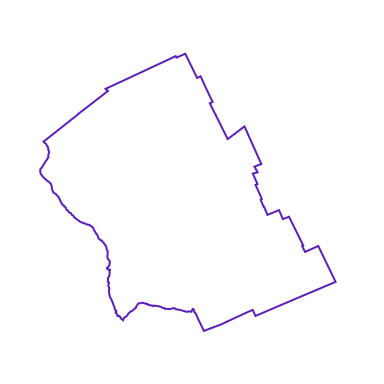 General Rodríguez, Buenos Aires, Argentina, rotated 97°
{"feature_id": "61730980B11219984208084", "entity_name": "General Rodríguez", "entity_type": "district", "adm_level": 2, "iso_a3": "ARG", "parent_name": "Argentina", "parent_adm1": "Buenos Aires", "projection": "natural_earth1", "projection_center": [-58.934, -34.64], "detail": "fine", "context": "isolated", "style": "outline", "palette": "violet", "viewbox_px": 384, "rotation_deg": 97, "n_neighbors": 0, "source": "geoboundaries", "source_scale": "gbopen_adm2", "svg_char_len": 6103}
<svg xmlns="http://www.w3.org/2000/svg" viewBox="0 0 384 384"><g transform="rotate(97 192 192)"><path d="M307.3,113.9L284.0,73.8L263.7,38.5L230.2,60.1L237.7,72.5L232.2,76.1L231.6,75.0L204.7,92.7L207.8,98.5L199.4,103.4L205.5,114.4L197.9,118.6L198.1,119.0L191.3,122.9L190.4,121.8L177.2,129.8L176.1,128.0L166.3,133.9L164.5,129.3L159.2,133.1L155.8,126.6L120.5,147.9L135.1,163.0L101.8,185.1L100.1,182.5L86.2,191.4L76.1,197.6L78.2,200.8L55.6,215.5L60.5,223.8L59.1,224.7L100.2,290.4L100.6,290.0L100.9,289.6L101.5,288.2L101.7,287.9L101.9,287.7L119.9,305.8L128.6,314.7L128.8,314.6L135.2,320.9L150.4,335.9L160.1,345.5L160.4,345.2L160.7,344.9L160.9,344.7L161.3,344.0L161.9,342.9L162.3,342.5L162.6,342.3L162.9,342.2L163.1,342.0L163.6,341.7L163.8,341.3L164.0,341.1L164.3,340.9L164.6,340.8L165.0,340.8L165.8,340.0L166.1,339.9L166.4,339.9L167.5,339.9L167.8,339.8L168.3,339.3L169.8,338.7L170.4,338.7L171.1,338.9L172.8,339.2L173.4,339.1L173.8,338.9L175.2,338.8L175.6,338.9L175.8,339.2L176.1,339.6L177.2,339.7L177.6,339.9L178.2,340.2L178.7,340.7L179.5,341.2L180.9,341.6L181.8,342.0L182.1,342.3L182.7,342.5L183.8,343.1L184.4,343.2L185.6,343.9L186.4,344.3L186.9,344.7L187.5,345.1L188.2,345.3L188.7,345.4L189.5,345.2L191.6,344.7L192.0,344.5L192.6,344.2L193.5,343.3L194.0,342.8L194.9,341.9L195.5,341.2L195.9,340.8L196.4,340.2L196.9,339.5L197.5,338.3L197.9,338.0L198.3,337.5L198.7,336.8L199.1,335.7L199.4,335.1L199.8,334.6L200.6,333.9L201.2,333.0L201.7,332.7L202.5,332.4L203.2,332.1L204.0,331.8L205.7,331.5L206.7,331.1L207.8,330.4L208.6,329.9L209.2,329.7L209.5,329.3L209.7,329.0L209.9,328.5L210.1,328.1L210.6,326.9L211.4,326.2L212.0,325.4L212.4,324.8L213.2,324.0L213.5,323.5L213.9,323.4L214.2,323.2L215.0,322.8L215.3,322.4L216.1,322.0L216.8,321.5L217.2,321.4L218.7,320.4L219.6,319.5L220.2,319.0L220.5,318.9L221.0,318.0L221.0,317.5L221.3,317.3L221.9,317.1L222.1,316.6L222.3,316.0L222.5,315.7L223.3,315.2L223.8,315.1L224.3,314.8L225.3,313.9L225.5,313.4L225.6,313.0L226.0,312.5L226.5,312.2L226.8,311.9L227.2,311.4L227.5,310.8L227.6,310.3L227.8,309.8L227.9,309.3L229.0,308.8L229.4,308.4L229.6,307.9L229.9,307.2L230.1,306.8L230.3,306.6L230.7,306.3L231.2,306.1L231.4,305.9L231.7,305.5L232.1,304.7L232.5,303.9L232.9,303.5L233.2,303.0L233.4,302.5L233.9,301.8L234.1,301.3L234.4,300.8L234.6,300.3L234.8,299.9L235.1,299.3L235.4,298.6L235.7,297.8L235.7,297.5L235.9,296.6L236.1,296.0L236.1,295.7L236.4,294.3L236.4,293.9L236.7,293.2L236.9,292.7L237.0,292.0L237.2,291.3L237.2,290.7L237.0,290.3L237.1,290.0L237.4,289.5L237.9,288.8L238.3,287.8L238.7,286.9L239.1,286.5L239.3,286.3L240.1,285.4L240.5,285.2L241.7,284.8L242.0,284.7L242.2,284.3L242.6,284.0L242.8,283.8L243.0,283.5L243.4,283.2L244.2,282.7L244.7,282.5L244.9,282.3L244.9,282.0L245.4,281.6L245.6,281.3L245.9,281.0L247.4,280.0L248.8,279.4L249.2,279.3L249.9,278.6L250.0,278.2L250.5,277.8L250.8,277.2L250.9,276.9L250.9,276.5L251.0,276.1L251.4,275.6L251.5,275.2L251.9,274.9L252.4,274.8L252.5,274.6L252.9,274.0L253.0,273.8L253.4,273.3L253.8,272.9L254.3,272.5L254.7,272.3L255.2,271.9L255.4,271.5L255.6,271.0L255.8,270.9L256.4,270.6L257.6,270.2L259.4,269.7L260.0,269.3L261.0,268.5L261.4,268.4L262.1,268.4L262.6,268.3L263.6,268.2L266.3,268.2L267.3,267.8L268.2,267.7L268.5,267.4L268.8,267.2L269.6,266.3L270.0,265.7L270.4,265.3L270.7,265.1L271.5,265.2L271.8,265.1L272.6,265.2L273.3,264.9L273.8,264.9L274.8,265.1L275.7,265.6L276.3,265.9L276.8,266.3L277.3,266.8L277.8,267.2L278.0,267.2L278.4,267.1L278.6,266.9L278.7,266.2L278.9,265.7L279.0,265.1L279.0,264.3L279.1,263.9L279.5,263.7L279.9,263.9L280.4,264.4L281.5,264.1L282.7,263.7L283.2,263.8L284.0,263.9L284.6,263.8L285.1,263.8L285.4,263.9L285.9,264.1L286.6,264.4L287.2,264.8L287.5,264.8L288.3,264.9L288.7,264.8L289.4,264.4L289.8,264.4L290.1,264.5L290.5,264.7L290.8,264.7L291.4,264.5L291.6,264.3L291.6,263.9L291.9,263.6L292.1,263.4L292.7,263.2L293.1,263.3L293.9,263.6L294.6,263.7L295.0,263.7L296.0,263.3L296.4,263.0L296.7,262.9L297.1,262.6L297.2,262.4L297.5,262.2L297.8,262.2L299.0,262.6L299.6,262.6L300.1,262.3L300.4,262.2L302.1,262.1L302.8,261.9L303.7,261.5L305.1,261.1L306.1,260.6L306.3,260.5L309.1,258.5L311.0,257.6L311.8,257.1L312.1,256.8L313.6,256.3L315.1,255.2L317.1,254.6L318.3,254.1L318.5,253.8L318.6,253.5L318.7,253.2L318.9,252.9L319.2,252.6L319.6,252.5L320.2,252.6L320.7,252.9L320.7,253.1L321.0,253.1L321.5,252.5L321.9,252.2L322.1,251.8L322.4,251.6L322.9,251.2L323.3,251.0L323.9,250.9L324.2,250.7L324.0,249.7L324.0,249.3L324.1,248.9L324.2,248.4L324.4,248.2L324.8,248.1L325.4,247.7L325.8,247.4L326.4,246.9L326.6,246.6L326.9,245.9L327.6,244.8L326.5,244.5L325.9,244.4L325.2,244.2L324.8,244.0L324.7,243.8L324.1,242.6L323.9,242.4L323.7,242.2L323.3,242.0L323.1,241.9L322.2,241.0L321.9,240.9L321.1,240.8L320.9,240.7L320.6,240.5L320.5,240.3L320.2,240.1L319.9,239.9L319.7,239.6L319.1,239.3L318.6,238.9L318.4,238.7L318.2,238.5L317.8,237.4L313.7,233.6L312.3,233.3L309.5,231.9L309.0,231.3L308.7,230.3L308.7,229.4L308.5,228.7L308.2,228.1L307.9,227.8L308.1,226.9L308.4,224.8L308.3,224.6L308.3,224.2L308.4,223.8L308.8,223.5L308.8,223.2L308.6,223.0L308.6,222.6L309.1,221.9L309.1,221.6L309.5,221.3L309.6,220.9L309.4,220.7L309.4,220.4L309.5,220.1L309.5,219.7L309.5,218.9L309.6,217.9L309.7,217.7L309.6,217.4L309.6,217.1L309.8,216.9L310.0,216.6L310.0,216.3L309.8,216.1L309.5,215.9L309.5,215.6L309.5,215.3L309.4,214.9L309.5,214.6L309.3,214.0L309.4,213.1L309.5,212.6L309.5,211.8L309.5,211.5L309.4,211.3L309.4,211.0L309.5,210.7L309.6,210.3L309.7,209.1L309.8,208.8L309.9,208.6L310.1,208.4L310.2,208.1L310.5,206.9L310.6,206.5L310.5,205.5L310.9,205.3L311.1,205.0L311.2,204.7L311.1,204.1L311.1,203.8L311.1,203.4L311.0,203.0L311.0,202.5L311.2,202.1L311.2,201.9L311.1,201.6L311.1,201.2L310.9,200.8L310.9,200.5L311.0,200.1L310.9,199.8L310.7,198.9L310.1,197.8L309.6,196.5L309.4,195.5L309.4,195.2L309.7,194.8L309.9,194.6L310.1,194.3L310.2,194.0L310.2,193.6L310.5,193.2L310.4,193.0L310.3,192.6L310.3,192.4L310.3,191.7L310.3,191.2L311.6,182.4L310.7,180.1L311.1,178.6L310.8,177.9L308.0,177.1L308.2,176.1L311.4,174.7L311.6,173.9L317.3,170.4L328.4,163.3L323.3,153.6L320.2,147.5L307.2,126.7L301.6,117.4L307.3,113.9Z" fill="none" stroke="#5b21b6" stroke-width="2"/></g></svg>